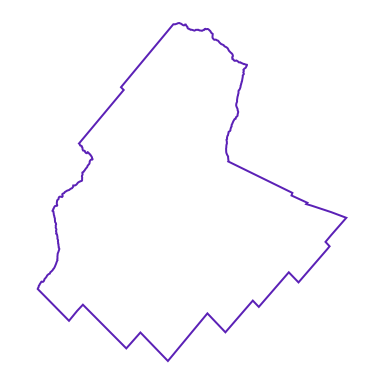 Salto, Buenos Aires, Argentina (Equal Earth projection)
{"feature_id": "61730980B64997833188567", "entity_name": "Salto", "entity_type": "district", "adm_level": 2, "iso_a3": "ARG", "parent_name": "Argentina", "parent_adm1": "Buenos Aires", "projection": "equal_earth", "projection_center": [-60.357, -34.249], "detail": "fine", "context": "isolated", "style": "outline", "palette": "violet", "viewbox_px": 384, "rotation_deg": 0, "n_neighbors": 0, "source": "geoboundaries", "source_scale": "gbopen_adm2", "svg_char_len": 5710}
<svg xmlns="http://www.w3.org/2000/svg" viewBox="0 0 384 384"><path d="M79.0,143.5L79.4,143.8L79.6,144.1L80.0,145.1L80.4,145.6L80.8,145.6L81.7,146.1L81.9,146.5L81.8,146.9L82.2,147.3L82.5,148.0L82.5,148.5L82.6,149.5L82.8,150.0L83.2,150.6L84.3,150.7L84.7,150.9L85.0,151.8L85.3,152.0L85.7,152.7L86.3,153.1L86.9,153.2L87.3,152.9L87.4,152.6L87.7,152.2L88.1,152.4L88.7,153.0L89.4,153.9L89.9,154.2L90.4,154.7L90.5,155.2L91.0,155.7L91.6,156.6L92.0,157.4L92.1,158.4L92.5,158.9L92.5,159.4L92.2,159.6L91.5,159.5L91.2,159.6L90.8,159.8L90.1,160.6L89.9,161.0L89.7,161.5L89.6,162.7L89.5,163.3L89.3,163.8L88.9,164.3L88.4,164.8L87.8,165.6L87.5,166.0L87.2,167.0L86.9,167.4L86.5,167.8L86.0,168.4L85.1,169.6L84.7,170.3L84.4,170.7L84.0,171.0L83.7,171.6L83.5,171.9L83.1,172.0L82.4,172.5L82.3,173.0L82.5,173.4L82.6,174.3L82.4,175.0L82.0,175.7L81.9,176.4L82.2,177.6L82.1,178.6L82.1,180.1L81.9,180.7L81.4,181.0L80.8,181.1L80.1,181.5L79.6,181.6L78.0,182.6L77.5,183.2L76.5,184.5L76.0,184.9L74.8,185.5L74.3,185.4L73.2,185.5L73.1,186.8L72.0,188.2L70.6,188.8L69.1,190.0L67.2,190.6L64.8,192.1L64.5,192.5L64.2,193.0L62.8,193.7L62.3,194.2L62.3,194.7L62.6,195.7L62.6,196.4L62.0,197.0L61.2,196.8L60.6,196.7L59.7,196.7L59.3,196.9L58.8,197.5L58.5,199.1L57.2,200.3L56.9,202.0L56.8,203.2L56.8,203.9L57.1,204.7L57.2,205.4L56.8,205.9L56.2,205.9L55.7,205.9L55.0,206.1L54.4,206.8L53.9,208.0L53.4,208.7L53.4,209.2L53.0,209.9L52.6,210.5L52.5,210.9L52.9,211.2L53.4,211.5L53.4,212.0L53.7,213.4L53.8,214.6L53.9,215.1L54.1,215.5L54.3,216.1L54.3,216.8L54.7,217.9L54.9,218.6L54.9,220.2L55.0,220.6L55.0,221.1L55.1,222.0L55.4,222.5L55.9,223.3L56.0,223.8L56.1,224.4L55.7,225.4L55.8,226.1L55.8,226.8L55.7,227.6L55.8,228.0L56.1,228.5L56.4,229.4L56.3,230.1L56.0,230.9L56.1,231.6L56.4,232.2L56.4,232.4L56.3,233.1L56.1,233.4L56.2,233.8L56.9,234.2L57.1,235.0L57.3,236.1L57.4,236.8L57.5,238.1L57.4,238.7L57.9,239.7L58.1,240.3L57.9,241.2L58.2,242.8L58.1,243.7L58.5,244.2L58.5,244.8L58.5,245.6L58.6,246.3L58.8,246.7L58.8,247.3L58.7,247.7L59.1,248.2L59.3,248.7L59.3,249.1L58.4,251.9L57.7,253.6L57.5,256.0L57.4,256.7L57.5,258.2L57.2,259.3L57.4,259.7L57.5,260.2L57.1,260.9L56.5,262.4L56.1,263.7L55.8,264.4L55.5,265.1L55.1,266.1L54.7,267.0L53.9,268.5L53.3,269.0L53.1,269.4L52.6,270.2L51.1,271.7L50.5,272.1L50.2,272.6L49.8,273.6L48.5,274.2L47.1,275.5L46.8,276.2L46.4,276.9L45.6,277.9L44.8,278.8L44.4,279.3L44.2,280.2L43.9,280.9L43.5,281.4L42.8,281.9L42.2,281.8L41.7,281.6L41.3,281.8L40.4,283.3L39.8,284.1L39.7,284.5L39.4,285.1L38.9,285.6L38.8,285.9L38.7,286.5L38.6,287.0L38.4,287.6L37.9,288.2L37.7,289.0L47.1,298.5L69.0,320.8L77.2,310.8L82.9,304.7L126.3,348.4L140.4,332.5L167.9,361.0L207.4,313.4L225.4,332.3L252.8,300.6L258.8,306.9L288.8,272.3L298.5,282.4L327.4,249.0L329.6,246.3L325.5,241.9L331.1,235.2L346.3,217.8L331.1,212.1L311.1,205.5L306.2,204.1L307.4,202.8L291.5,195.5L292.4,192.9L228.3,161.5L228.5,161.2L228.5,160.7L228.5,160.3L228.3,159.9L228.3,159.2L228.2,158.3L228.1,157.9L228.1,156.5L227.7,155.8L227.3,155.1L227.0,154.5L226.4,153.0L226.2,151.9L226.1,148.5L226.3,147.4L226.3,146.6L226.4,145.8L226.4,145.2L226.6,144.4L226.9,143.7L226.8,141.2L226.6,140.6L226.5,139.7L227.1,139.0L227.0,138.3L227.0,137.7L227.4,136.0L228.0,135.2L228.2,133.9L228.5,133.2L228.5,132.3L228.7,131.8L229.4,131.4L230.0,131.0L230.4,130.4L230.4,129.7L230.6,128.8L230.8,128.2L231.0,127.3L231.6,126.6L231.6,126.0L231.6,125.2L231.8,124.5L232.3,123.8L232.6,122.9L233.4,121.1L234.6,119.1L235.0,118.9L235.4,118.9L235.6,118.8L235.7,118.5L235.8,118.0L235.9,117.4L236.5,116.8L237.1,116.3L237.4,116.0L237.6,115.3L237.6,114.5L238.1,112.5L238.2,112.1L238.1,111.4L237.8,110.7L237.6,110.1L237.6,109.3L237.5,108.8L236.7,107.1L236.2,105.7L236.2,104.8L236.3,103.8L236.6,102.8L237.0,101.9L237.1,101.2L237.0,100.3L237.5,96.9L237.7,96.1L238.0,95.4L238.0,94.9L238.2,94.1L238.4,93.5L238.5,92.9L238.5,91.2L238.7,90.4L239.1,90.0L239.3,89.9L239.7,89.2L240.3,87.7L240.5,87.0L240.6,86.3L240.6,85.6L241.0,84.8L241.1,84.4L241.2,83.5L241.6,82.7L241.6,82.0L242.0,81.2L242.2,79.9L242.8,76.6L242.7,75.8L242.8,75.4L243.8,74.1L243.8,73.7L243.6,73.0L243.3,72.5L243.3,72.3L243.7,71.5L243.8,71.0L243.7,70.2L243.4,69.9L243.9,69.2L244.4,68.6L245.6,67.8L246.0,67.2L246.7,65.7L246.9,65.3L246.9,64.8L246.4,64.7L245.4,64.5L244.4,64.0L243.8,64.1L243.4,63.9L242.9,63.6L242.2,63.4L241.5,62.9L240.6,62.7L240.3,62.3L240.0,62.3L239.4,62.4L239.0,62.4L238.5,62.0L238.0,61.5L237.6,61.2L236.6,60.6L236.3,60.5L235.8,60.7L235.2,60.8L234.6,60.8L234.3,60.6L233.7,60.2L233.5,59.6L233.2,59.3L232.4,59.0L232.3,58.3L232.5,57.9L232.2,57.3L232.4,56.8L232.8,56.4L232.9,55.9L232.7,55.0L232.3,54.1L231.9,53.6L231.4,53.1L230.8,52.7L229.6,51.4L229.0,50.8L228.4,49.7L228.2,49.2L227.7,48.3L226.5,47.3L225.3,46.7L224.7,46.4L224.2,46.0L223.8,45.3L223.4,45.0L221.1,44.0L219.5,42.5L218.3,40.9L217.9,40.6L216.9,40.3L216.4,39.9L215.8,39.6L214.8,39.8L214.2,39.7L213.6,39.3L213.2,38.6L212.7,38.1L212.5,37.5L212.5,36.4L212.6,35.5L212.7,34.7L212.7,33.9L212.2,33.5L211.6,33.1L211.3,32.8L211.2,32.5L210.4,31.4L210.3,31.0L210.0,30.7L209.6,30.5L209.2,30.0L208.5,29.4L207.8,29.0L207.3,29.0L206.1,29.2L205.8,29.2L205.5,29.1L205.4,28.9L205.1,28.9L204.8,29.0L204.1,29.9L203.7,29.8L202.5,30.6L201.9,30.8L201.3,30.6L200.9,30.5L199.8,30.5L199.3,30.2L198.6,30.1L198.0,29.7L197.4,29.9L195.9,29.8L195.2,30.3L194.5,30.6L194.0,30.5L192.6,30.0L191.4,29.7L190.7,29.8L189.8,29.2L189.3,29.2L188.8,28.7L188.4,28.6L188.0,28.5L187.6,28.0L187.4,27.6L187.5,27.1L187.2,26.6L186.4,25.8L186.2,25.5L186.0,25.0L185.7,24.5L185.1,24.5L184.8,25.0L184.2,25.3L183.6,25.3L183.0,25.1L182.3,24.6L181.8,24.3L181.2,23.8L180.7,23.6L180.2,23.5L179.6,23.1L179.1,23.0L177.7,23.3L177.2,23.6L175.1,24.3L174.5,24.3L174.0,24.2L173.3,24.3L121.0,87.2L123.7,90.0L79.0,143.5Z" fill="none" stroke="#5b21b6" stroke-width="2"/></svg>